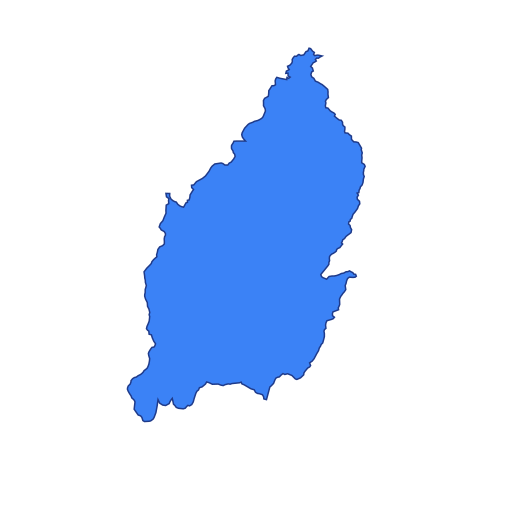 the district of Posse, Goiás, Brazil, rotated 127°
{"feature_id": "56859067B54969559433464", "entity_name": "Posse", "entity_type": "district", "adm_level": 2, "iso_a3": "BRA", "parent_name": "Brazil", "parent_adm1": "Goiás", "projection": "orthographic", "projection_center": [-46.453, -14.224], "detail": "fine", "context": "isolated", "style": "filled", "palette": "blue", "viewbox_px": 512, "rotation_deg": 127, "n_neighbors": 0, "source": "geoboundaries", "source_scale": "gbopen_adm2", "svg_char_len": 5904}
<svg xmlns="http://www.w3.org/2000/svg" viewBox="0 0 512 512"><g transform="rotate(127 256 256)"><path d="M364.4,161.2L352.3,166.1L350.5,165.7L347.2,165.3L343.3,166.4L341.5,166.6L340.0,165.9L338.5,164.6L336.0,164.3L333.7,163.7L333.3,161.7L331.0,159.9L329.8,155.4L330.5,150.6L330.0,149.1L326.5,147.1L322.2,146.4L320.7,147.3L318.9,147.5L314.4,147.3L312.3,146.4L310.6,146.5L309.1,148.9L306.2,147.9L303.2,147.8L300.0,148.3L297.7,148.7L294.0,149.1L291.3,150.1L289.3,150.2L287.4,150.7L285.3,150.4L281.5,151.9L279.2,152.9L276.8,154.7L275.1,156.5L273.5,157.0L271.7,156.6L269.4,158.8L267.3,159.9L265.0,160.4L261.0,157.4L259.6,156.6L257.7,156.5L257.6,159.0L255.8,160.4L254.3,160.9L249.2,157.7L247.9,159.1L246.3,159.4L244.3,160.0L242.2,161.7L240.1,163.4L237.3,164.0L235.4,164.0L233.7,164.1L231.4,163.9L228.8,164.1L227.6,165.3L225.9,167.0L223.7,167.6L221.3,168.7L218.9,169.3L216.7,168.7L215.7,167.1L214.7,165.6L213.3,164.1L211.8,163.7L210.7,165.4L211.6,167.0L211.0,168.7L211.4,170.4L211.6,172.4L213.2,173.2L214.4,174.6L216.9,175.7L218.6,177.3L220.7,178.3L223.1,179.9L224.8,181.4L226.3,183.3L228.4,185.3L230.3,185.5L232.0,185.6L232.4,187.2L233.0,189.5L233.0,191.3L231.8,193.1L221.0,192.7L218.8,192.8L217.1,194.0L215.5,194.4L214.0,195.8L212.3,196.9L210.7,197.0L209.0,196.7L207.2,195.8L205.2,195.1L203.7,194.8L202.3,195.5L200.8,195.2L198.8,194.1L196.0,194.1L194.3,194.0L194.1,195.6L192.4,195.9L190.9,196.5L188.8,195.8L186.3,195.9L184.3,195.4L182.4,194.8L180.1,194.2L177.4,195.5L176.5,197.6L175.0,199.3L174.8,201.3L172.9,202.4L171.5,201.8L170.0,202.6L168.3,202.2L166.2,203.0L164.3,203.6L161.4,203.4L157.0,203.5L154.3,204.4L151.9,204.5L150.0,206.3L149.7,209.2L148.1,210.7L145.8,210.8L144.9,213.1L143.5,212.0L141.3,213.3L139.6,213.5L138.0,214.2L135.4,214.0L132.9,214.8L129.8,216.6L127.4,217.4L126.3,219.2L124.6,220.6L123.2,221.2L121.8,222.1L118.7,222.8L117.7,224.6L117.9,227.7L116.4,228.8L113.8,230.4L111.8,232.3L109.7,233.2L107.8,235.9L106.4,236.6L105.5,238.7L103.9,242.6L104.7,244.7L106.0,246.6L105.4,249.9L102.8,252.0L102.9,254.5L102.6,256.5L104.1,259.0L103.2,260.3L101.3,261.3L99.5,262.6L99.4,264.9L98.6,266.2L97.1,267.4L96.3,269.6L97.3,271.3L97.3,274.3L97.1,277.5L95.2,278.0L94.9,279.8L95.3,282.4L95.4,284.1L94.6,287.6L95.6,289.5L94.3,291.0L91.7,292.3L90.6,293.7L88.6,294.0L85.9,293.5L83.4,296.0L81.6,297.2L79.8,299.0L79.4,303.6L79.3,306.5L79.6,308.1L79.8,310.9L80.6,313.8L79.3,316.7L79.4,319.4L78.0,321.4L75.5,322.3L73.8,321.6L71.9,324.1L71.7,326.4L67.2,326.6L65.7,325.8L64.0,325.2L63.3,326.9L61.4,326.6L60.5,325.2L58.8,324.7L56.5,323.6L57.9,326.7L58.7,328.0L60.6,329.7L60.4,331.3L58.3,331.9L58.4,334.0L57.5,337.2L58.1,338.7L61.0,338.0L62.7,339.1L66.6,338.9L68.9,340.9L69.2,343.0L70.6,343.6L72.1,343.8L73.3,345.5L75.3,345.6L77.2,345.4L79.0,343.9L80.6,343.5L83.3,343.8L85.5,345.0L86.5,343.6L87.1,341.7L90.1,343.0L92.2,342.1L90.7,340.5L92.9,338.7L92.6,336.4L94.5,336.9L94.8,338.7L96.6,337.6L99.7,343.9L100.8,346.9L102.8,346.8L104.6,346.1L107.5,343.5L109.2,344.2L110.4,345.7L114.4,345.4L116.2,345.3L118.1,344.0L119.7,343.0L121.1,342.3L123.4,343.3L124.9,344.0L127.4,343.6L129.1,342.2L131.5,340.4L132.9,337.3L134.6,335.7L139.9,334.3L141.4,334.1L142.9,334.4L144.9,335.2L146.8,336.2L149.4,338.3L151.2,339.1L154.1,341.0L155.8,341.5L160.8,342.0L165.9,341.2L167.7,340.4L169.2,338.5L169.9,336.5L170.5,333.5L175.6,340.3L177.6,342.7L179.4,342.3L182.3,342.1L183.6,341.3L185.0,340.1L186.0,337.5L187.1,336.3L187.5,334.4L189.0,332.6L191.9,332.2L194.1,332.3L195.8,332.3L198.0,333.3L200.4,333.3L202.1,335.7L202.1,338.1L202.7,339.8L207.3,344.3L210.7,345.1L213.0,345.1L216.5,344.5L219.0,344.5L222.5,344.5L226.4,345.5L232.4,348.3L236.7,348.5L238.3,350.1L240.1,348.5L240.5,345.9L242.8,345.8L246.9,345.4L249.0,344.1L251.5,343.1L252.8,344.3L254.4,343.0L255.7,343.9L260.6,343.2L261.4,345.2L261.8,346.9L261.8,349.6L260.9,352.1L261.5,353.7L261.8,355.4L261.7,358.1L260.2,361.0L258.0,362.5L260.2,365.6L262.6,363.1L262.6,360.1L264.3,359.3L266.7,357.2L269.4,358.3L273.8,355.4L276.0,353.6L280.0,352.7L283.9,351.6L287.6,351.9L291.1,350.8L291.5,349.0L292.2,347.4L291.7,344.0L292.6,341.8L294.0,340.8L295.6,340.6L297.6,339.6L299.7,337.8L301.5,336.5L303.9,336.8L306.7,338.4L309.8,338.3L312.5,337.0L314.9,336.1L316.3,334.7L318.4,335.2L320.6,335.6L323.3,335.7L324.9,335.1L327.2,335.3L331.5,335.9L336.0,335.9L339.1,332.8L340.4,331.7L342.0,329.8L343.6,328.5L345.6,325.8L347.8,324.9L349.3,324.4L351.9,322.5L353.7,321.7L355.1,320.7L356.8,318.4L358.6,314.8L361.5,312.3L362.8,309.6L365.0,306.9L367.2,306.0L368.3,304.5L370.1,303.4L372.3,302.1L375.5,301.2L377.8,300.7L380.0,299.7L380.5,298.0L380.5,296.4L381.7,295.3L382.8,294.3L381.9,292.1L383.8,289.5L384.7,287.9L385.5,286.5L386.6,283.4L388.7,282.7L390.2,282.7L391.6,284.1L394.0,284.1L396.9,283.8L398.6,283.3L400.0,281.8L401.9,279.2L404.0,277.9L406.6,276.6L409.0,275.8L411.3,275.4L413.2,275.9L414.9,276.4L416.8,276.2L418.8,276.5L420.4,277.0L422.5,278.1L424.7,278.7L426.3,280.0L428.3,280.7L430.7,280.8L432.0,280.0L434.0,279.4L436.5,279.8L438.2,279.4L439.7,278.6L440.9,276.7L442.0,274.2L442.9,271.6L444.1,269.8L444.2,268.1L444.5,266.3L445.4,264.8L451.7,261.1L452.9,257.5L453.9,254.4L453.1,252.0L453.6,250.0L455.5,247.3L455.3,245.4L454.0,243.9L452.3,241.9L451.1,240.9L449.5,240.4L448.0,240.0L446.0,240.3L441.3,241.7L434.9,244.9L432.6,246.2L429.7,247.8L431.5,244.3L431.2,240.8L429.8,238.2L426.1,236.5L424.3,237.0L422.3,237.2L420.1,237.2L421.6,235.4L424.0,232.7L424.2,230.8L424.9,228.6L424.3,226.3L421.8,222.1L420.1,220.9L417.9,220.8L416.3,220.5L415.7,218.9L413.3,217.9L410.3,218.3L407.1,219.6L401.9,221.4L399.6,221.8L397.6,221.3L395.2,221.9L393.0,220.3L390.9,219.8L388.6,219.3L386.3,219.6L385.4,217.2L384.7,213.7L381.0,209.1L380.2,206.2L379.2,204.2L377.4,203.3L374.9,201.3L373.9,199.5L372.3,198.4L367.2,192.9L365.7,192.0L366.6,190.3L366.0,188.0L365.1,180.1L363.9,176.9L365.1,174.4L364.9,172.2L363.8,170.1L362.9,167.4L363.8,165.3L365.4,163.7L364.4,161.2Z" fill="#3b82f6" stroke="#1e3a8a" stroke-width="1.5"/></g></svg>